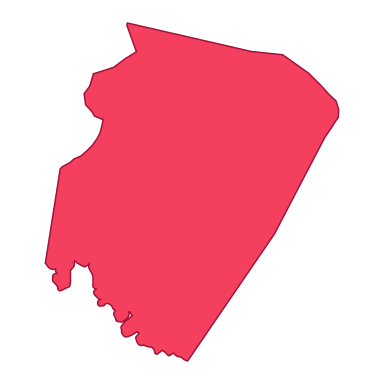 Mongomoyen, Wele-Nzás, Equatorial Guinea
{"feature_id": "11065452B2915005607236", "entity_name": "Mongomoyen", "entity_type": "district", "adm_level": 2, "iso_a3": "GNQ", "parent_name": "Equatorial Guinea", "parent_adm1": "Wele-Nzás", "projection": "robinson", "projection_center": [11.002, 1.641], "detail": "fine", "context": "isolated", "style": "filled", "palette": "rose", "viewbox_px": 384, "rotation_deg": 0, "n_neighbors": 0, "source": "geoboundaries", "source_scale": "gbopen_adm2", "svg_char_len": 4414}
<svg xmlns="http://www.w3.org/2000/svg" viewBox="0 0 384 384"><path d="M127.3,23.0L126.9,25.3L136.4,51.8L131.4,54.9L125.6,58.4L113.6,67.4L93.4,73.8L89.8,86.1L84.1,93.7L84.4,95.6L84.6,97.4L85.6,104.7L92.4,112.3L94.4,116.0L103.2,119.8L101.5,127.4L100.0,132.9L97.1,138.6L91.7,146.0L86.9,150.8L80.8,156.1L74.3,158.8L69.5,162.9L62.2,166.8L60.2,169.0L45.3,263.5L46.2,264.0L47.5,266.2L47.7,266.4L47.9,266.7L49.7,268.3L50.0,268.5L50.4,268.7L52.1,269.3L52.3,269.3L52.6,269.4L54.1,269.4L54.4,269.3L54.8,269.2L55.5,269.0L55.5,269.4L55.5,269.9L55.9,271.9L56.1,272.4L56.3,272.8L56.7,273.4L56.2,273.4L55.9,273.5L55.6,273.5L54.1,274.1L53.9,274.2L53.7,274.3L53.5,274.5L53.2,274.7L53.1,274.9L53.0,275.1L52.9,275.4L52.8,275.8L52.8,276.0L52.7,276.2L52.7,280.1L52.8,280.5L52.8,280.9L52.9,281.0L52.9,281.3L53.2,281.5L53.3,281.8L55.6,284.1L57.5,286.4L57.8,288.5L58.0,289.2L58.1,289.3L58.1,289.5L58.3,289.8L58.5,290.2L58.6,290.3L59.1,290.6L59.4,290.8L59.5,290.8L60.0,290.8L60.4,290.8L60.5,290.8L60.7,290.7L62.8,289.8L66.3,288.0L68.7,287.0L68.8,287.0L69.2,286.7L69.6,286.4L69.8,285.8L70.0,285.3L70.6,281.6L70.6,281.4L70.6,281.2L70.5,277.8L70.5,274.3L70.5,274.2L70.4,271.7L70.6,270.3L72.3,268.4L73.9,266.3L74.0,266.1L74.1,265.9L74.2,265.6L74.3,265.2L74.4,264.8L74.3,260.9L75.4,261.3L76.4,262.4L76.7,262.7L77.0,262.9L78.5,263.7L80.2,264.8L80.3,264.9L80.4,265.0L83.8,266.6L84.2,266.7L84.6,266.8L84.7,266.7L84.9,266.8L85.2,266.6L85.6,266.5L87.6,265.2L87.9,265.0L89.0,263.8L88.7,266.4L88.7,266.5L88.7,267.0L88.8,267.5L89.8,270.1L90.0,270.4L91.7,273.1L93.0,276.4L93.0,283.2L92.9,285.6L92.9,286.0L92.9,286.4L93.0,286.6L93.1,286.8L93.3,287.1L93.5,287.4L94.3,288.3L94.5,288.4L94.7,288.6L94.9,288.7L95.2,288.8L95.4,288.8L95.7,288.9L95.8,288.9L95.5,289.2L95.5,289.3L95.4,289.3L94.1,290.9L94.0,291.3L93.7,291.6L93.7,291.8L93.7,292.0L93.7,292.4L93.6,292.8L93.7,293.1L93.9,293.5L94.1,293.8L95.4,295.8L95.6,295.9L95.7,296.0L98.3,298.6L98.6,298.8L98.9,299.0L100.3,299.6L99.1,300.0L98.7,300.4L98.3,300.7L98.1,301.2L97.8,301.7L97.6,302.8L97.7,303.2L97.6,303.6L97.7,303.8L97.7,304.0L97.9,304.3L98.0,304.7L98.5,305.3L98.8,305.6L99.2,305.9L99.3,305.9L99.3,306.0L99.8,306.0L100.2,306.1L103.3,305.8L103.6,305.7L103.9,305.7L104.1,305.5L104.3,305.4L104.5,305.2L104.8,304.9L105.5,303.8L106.3,303.5L108.1,303.6L109.8,304.2L111.7,305.8L112.0,306.6L113.0,308.7L113.2,308.9L113.4,309.2L113.5,309.4L113.7,309.5L114.0,309.6L114.3,309.8L115.0,310.0L115.1,310.3L113.9,312.7L113.9,312.8L113.8,313.3L113.6,313.8L113.8,314.4L113.9,315.0L115.3,317.5L115.9,320.0L116.0,320.1L116.3,320.6L116.5,321.0L117.0,321.3L117.4,321.5L117.5,321.5L121.1,322.1L121.3,322.1L121.7,322.0L122.1,321.9L122.3,321.8L125.4,319.9L125.6,319.7L125.8,319.6L127.8,317.5L127.9,317.4L128.1,317.0L128.4,316.5L129.1,314.0L129.1,313.8L129.2,313.6L129.1,313.2L129.1,312.8L129.0,312.6L128.8,312.1L128.7,312.0L129.9,311.8L131.0,314.0L131.4,314.5L131.7,314.9L131.8,314.9L132.3,315.2L132.1,315.4L132.1,315.5L129.7,317.9L125.3,321.3L125.1,321.5L124.9,321.6L121.5,325.9L121.2,326.4L121.0,326.9L121.0,327.5L121.0,328.1L121.5,329.6L121.6,332.2L121.6,332.3L121.6,332.5L121.7,332.9L121.9,333.3L122.0,333.4L122.0,333.6L123.9,336.1L124.3,336.4L124.6,336.7L124.8,336.7L125.2,336.8L125.6,336.9L128.0,336.6L128.3,336.5L128.5,336.4L131.8,335.1L132.0,334.9L134.8,333.2L135.0,333.1L136.6,331.9L138.5,332.5L139.0,332.8L138.6,333.6L136.3,336.6L136.2,336.6L136.0,337.1L135.8,337.6L135.8,338.2L135.9,338.7L135.9,338.8L136.7,341.4L136.9,341.6L136.9,341.9L138.3,344.1L138.4,344.3L138.5,344.4L138.8,344.6L139.1,344.9L139.3,344.9L139.4,345.0L141.0,345.5L141.6,345.5L142.0,345.5L143.6,345.0L145.4,345.9L145.6,345.9L145.7,346.0L149.4,347.0L149.7,347.0L150.0,347.1L151.7,346.9L152.7,348.1L154.1,349.9L154.8,352.6L155.0,352.9L155.1,353.2L155.2,353.4L155.3,353.6L155.6,353.7L155.8,354.0L156.0,354.0L156.5,354.1L156.8,354.2L157.0,354.1L157.5,353.9L157.8,353.8L160.5,351.7L161.8,350.5L162.9,350.9L165.1,352.2L167.6,355.0L167.8,355.1L168.0,355.3L168.3,355.4L168.5,355.6L169.0,355.6L169.5,355.6L169.7,355.4L170.0,355.3L172.9,353.4L173.7,353.1L174.1,353.8L174.4,354.1L174.7,354.5L176.9,356.1L177.3,356.3L177.7,356.5L179.5,356.8L181.7,357.5L183.7,359.3L184.0,359.5L184.3,359.7L187.0,360.8L187.4,361.0L187.7,360.9L274.4,234.0L305.4,174.5L306.5,172.5L324.7,137.6L332.2,126.6L334.4,123.0L338.3,117.3L338.7,109.4L335.9,100.8L329.6,95.0L320.6,85.2L308.5,73.1L282.7,54.8L251.3,51.5L127.3,23.0Z" fill="#f43f5e" stroke="#9f1239" stroke-width="1.5"/></svg>